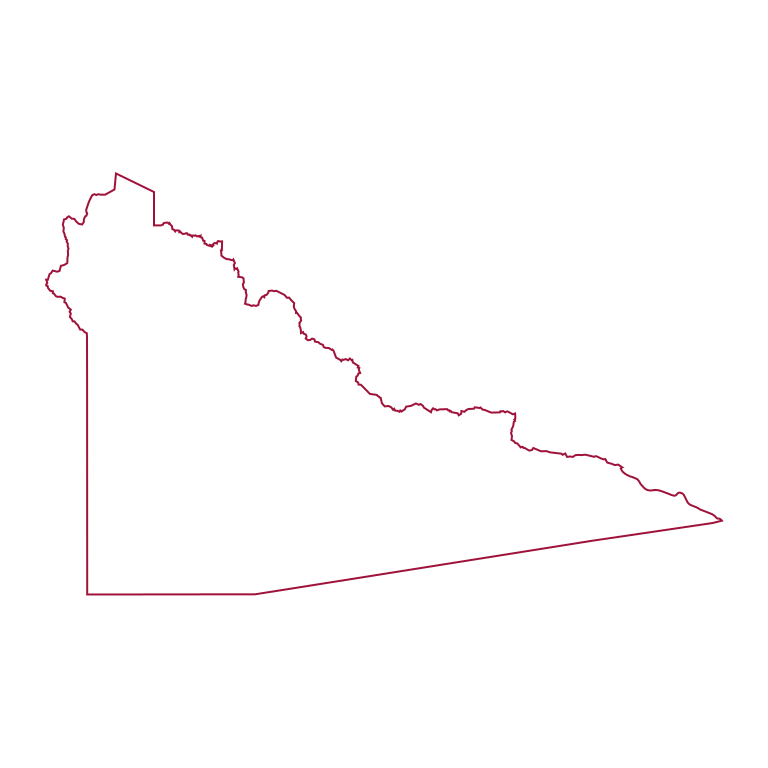 outline of Kagua/Erave District, Southern Highlands, Papua New Guinea
{"feature_id": "67681753B36334387735216", "entity_name": "Kagua/Erave District", "entity_type": "district", "adm_level": 2, "iso_a3": "PNG", "parent_name": "Papua New Guinea", "parent_adm1": "Southern Highlands", "projection": "natural_earth1", "projection_center": [144.087, -6.522], "detail": "fine", "context": "isolated", "style": "outline", "palette": "rose", "viewbox_px": 768, "rotation_deg": 0, "n_neighbors": 0, "source": "geoboundaries", "source_scale": "gbopen_adm2", "svg_char_len": 5445}
<svg xmlns="http://www.w3.org/2000/svg" viewBox="0 0 768 768"><path d="M154.0,192.0L116.0,173.5L114.5,189.5L105.1,194.7L100.7,194.7L98.4,194.2L96.3,195.0L94.4,194.2L92.2,195.2L90.2,199.1L88.8,202.1L86.2,209.8L86.4,212.1L87.2,213.4L86.4,215.7L85.2,216.4L83.9,219.2L83.8,222.0L82.1,224.5L78.8,223.8L76.2,221.5L74.4,218.9L71.7,218.6L68.9,216.3L67.0,217.5L66.5,218.7L63.9,219.5L63.7,221.3L62.8,224.6L63.8,227.8L63.4,231.5L64.4,233.5L65.0,236.7L65.8,237.4L65.8,239.2L67.1,240.2L66.7,241.8L67.8,243.5L67.7,246.2L68.5,248.6L67.8,250.7L68.1,255.2L67.5,257.3L67.3,263.0L65.2,264.4L63.5,265.2L60.9,265.8L59.5,271.0L57.1,271.7L52.7,270.6L51.0,273.2L49.6,274.0L47.8,279.8L46.2,279.7L47.3,283.0L46.1,284.7L46.4,285.7L47.6,286.0L48.0,287.9L50.3,290.9L52.9,291.2L52.8,293.2L53.9,293.6L55.9,296.2L57.4,296.8L60.7,296.7L62.6,297.9L64.8,298.6L64.4,302.2L66.0,303.0L68.2,307.6L70.8,309.6L69.6,311.8L70.8,313.5L69.9,316.9L71.8,319.1L72.7,321.3L74.4,321.3L76.1,323.6L77.7,324.9L80.2,329.6L82.4,329.6L84.6,332.1L86.8,333.2L87.0,336.8L87.1,381.3L87.2,594.5L255.0,594.3L320.8,583.9L591.8,540.8L712.6,523.0L721.9,520.7L721.1,519.7L719.8,518.9L718.8,518.6L717.7,518.6L716.7,518.1L715.9,517.3L715.9,517.2L715.0,516.2L712.2,514.2L699.9,509.4L698.1,508.1L697.8,508.1L696.7,507.4L694.0,506.3L693.6,506.3L692.1,505.5L691.7,505.5L689.9,504.6L688.9,503.8L687.6,502.4L683.9,495.0L682.9,493.9L682.2,493.4L681.5,493.1L680.1,492.7L679.0,492.7L677.8,493.2L676.4,494.8L675.0,495.7L674.0,495.7L671.2,494.9L666.9,493.1L665.9,492.9L665.1,492.4L663.8,492.1L663.4,491.8L658.7,490.3L656.0,490.0L654.6,490.0L654.4,490.2L654.2,490.1L653.4,490.1L651.9,490.4L649.9,490.5L647.3,490.0L645.3,488.9L643.9,487.7L640.5,483.9L639.1,481.3L637.5,479.4L637.3,479.4L636.7,478.9L633.3,477.4L632.9,477.4L632.1,476.9L630.3,476.5L626.9,474.9L624.7,473.5L623.7,472.5L623.3,472.4L622.1,471.0L620.8,468.5L621.7,467.4L622.1,467.3L618.2,464.6L614.7,465.1L612.0,463.9L607.1,462.5L605.3,459.0L603.7,459.4L600.4,458.2L597.1,456.5L595.4,456.2L594.0,456.8L585.5,454.7L581.1,455.1L578.0,454.9L575.3,455.2L572.9,456.9L570.1,456.5L567.1,456.9L565.2,453.5L562.6,454.8L561.5,453.7L549.8,452.3L546.5,451.1L541.1,451.3L533.3,448.0L532.0,450.0L529.4,450.6L526.9,449.3L525.0,448.1L523.4,447.9L522.8,446.9L521.6,446.9L520.7,447.4L517.4,443.5L515.3,443.0L514.0,441.3L511.5,440.0L512.0,436.0L511.0,433.2L511.8,431.3L511.4,429.7L513.2,426.1L513.8,421.9L515.0,421.0L514.3,419.7L515.2,419.2L515.3,416.4L515.1,413.5L512.9,414.3L507.6,411.4L505.9,411.8L505.2,412.4L503.1,411.0L501.5,411.5L500.4,411.2L499.8,412.4L491.1,412.6L484.7,409.9L482.8,409.7L480.4,407.5L479.7,408.0L474.8,407.3L474.0,408.7L468.5,409.0L466.5,409.9L464.4,411.8L461.4,411.0L461.2,413.7L458.8,415.3L457.7,413.3L451.7,412.2L450.6,410.9L449.8,411.4L449.0,410.2L448.2,410.4L447.3,409.2L445.5,409.2L439.5,409.4L436.9,410.4L435.6,409.2L434.6,409.4L433.1,408.3L431.6,410.1L431.0,412.2L424.0,407.7L422.8,405.7L420.5,404.0L419.0,404.8L415.9,403.5L410.9,405.9L406.2,406.6L404.7,409.5L402.7,410.6L401.8,411.5L400.3,410.5L399.6,411.8L397.5,410.8L395.1,410.6L394.1,408.8L393.1,409.8L391.2,407.3L388.6,406.0L384.7,406.4L381.9,403.2L380.7,397.8L379.5,397.5L379.0,396.6L377.7,396.0L376.8,394.9L369.9,393.9L361.0,384.8L358.6,384.6L358.1,382.4L355.8,381.1L356.3,376.6L357.5,375.8L358.5,373.4L360.1,373.1L358.8,369.6L359.3,368.0L357.8,367.5L358.5,366.0L352.9,362.5L352.4,360.1L351.9,360.5L349.9,358.5L348.1,360.3L345.8,359.1L343.1,359.9L342.3,359.6L341.3,361.2L340.0,359.7L336.1,357.6L334.4,353.0L333.5,350.6L332.4,349.5L331.9,349.9L329.9,348.8L328.9,348.0L325.7,347.9L323.7,347.0L322.9,344.8L320.3,343.9L318.3,342.2L315.0,341.6L314.4,339.4L312.1,338.6L310.5,339.8L308.2,340.3L305.7,338.6L306.6,336.4L305.9,334.6L303.6,333.6L303.1,332.1L301.0,333.1L300.8,329.8L300.2,327.2L299.4,326.3L299.7,324.1L299.3,323.1L301.1,320.6L300.8,319.2L300.9,317.5L299.8,316.5L299.0,315.5L297.0,312.9L296.0,313.0L296.1,311.2L294.8,309.4L293.8,306.9L294.1,303.8L294.2,303.1L291.3,300.3L289.1,297.6L287.0,297.8L284.5,294.9L280.5,292.9L276.3,290.8L274.4,291.2L271.9,290.6L268.6,291.0L268.3,292.7L266.7,294.8L264.7,295.3L264.3,297.2L263.0,296.3L261.8,297.1L259.5,300.6L258.7,303.0L258.3,305.0L256.0,305.9L253.3,305.3L251.8,306.0L248.5,304.6L247.6,304.6L245.0,303.7L245.5,302.0L245.7,299.2L246.2,297.8L246.6,295.1L245.7,291.9L246.0,290.0L244.2,289.0L243.2,286.7L242.9,284.0L243.9,282.6L243.5,278.3L242.0,277.3L238.2,276.8L238.7,275.0L238.2,273.0L238.6,271.7L237.1,268.3L236.3,268.9L235.1,268.3L234.5,269.2L233.8,265.0L234.9,263.1L233.4,259.6L233.0,260.3L230.7,259.9L229.4,259.3L228.4,259.3L226.1,258.9L224.4,257.9L223.6,257.4L221.4,255.6L221.4,254.1L221.1,251.2L221.8,250.3L221.2,250.1L222.0,248.4L222.0,245.0L222.1,241.4L219.9,241.5L218.7,241.1L217.8,241.2L217.4,242.3L216.6,242.7L216.8,243.5L216.1,243.3L214.3,243.1L212.3,245.0L213.2,245.5L212.1,246.6L210.7,245.2L210.2,245.0L210.2,246.0L207.0,245.0L206.4,244.0L204.5,243.6L204.5,240.9L203.2,240.7L202.1,237.6L201.0,237.4L200.7,236.9L199.7,236.7L200.3,235.7L197.1,236.4L195.3,235.3L194.7,235.7L192.1,235.5L192.0,236.6L190.3,235.3L189.8,234.7L189.2,235.0L188.8,234.5L187.7,234.6L187.1,233.3L186.1,233.2L185.1,233.7L182.9,234.0L180.8,232.5L180.5,231.8L179.3,232.2L179.2,230.7L177.9,230.4L175.8,230.4L175.2,231.4L173.8,229.6L172.4,229.2L171.9,226.1L170.8,225.1L169.5,223.1L168.9,223.8L167.7,222.6L165.7,222.7L163.9,223.0L163.2,223.9L163.1,224.5L162.5,224.7L161.1,225.4L159.8,225.4L154.0,225.4L154.0,192.0Z" fill="none" stroke="#9f1239" stroke-width="2"/></svg>